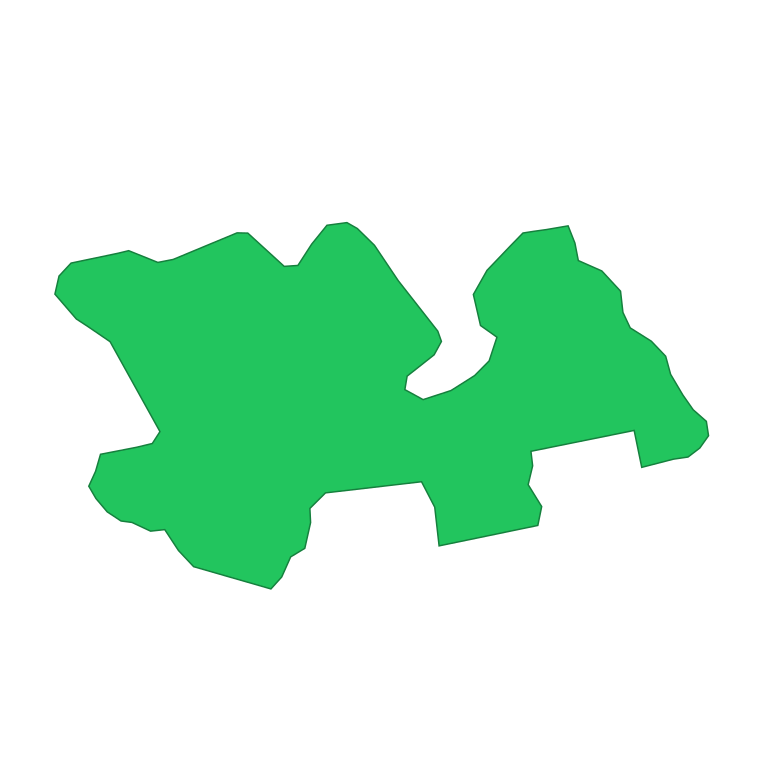 the district of Muçum, Rio Grande do Sul, Brazil, rotated 169°
{"feature_id": "56859067B23552766420682", "entity_name": "Muçum", "entity_type": "district", "adm_level": 2, "iso_a3": "BRA", "parent_name": "Brazil", "parent_adm1": "Rio Grande do Sul", "projection": "albers", "projection_center": [-51.824, -29.14], "detail": "fine", "context": "isolated", "style": "filled", "palette": "green", "viewbox_px": 768, "rotation_deg": 169, "n_neighbors": 0, "source": "geoboundaries", "source_scale": "gbopen_adm2", "svg_char_len": 1197}
<svg xmlns="http://www.w3.org/2000/svg" viewBox="0 0 768 768"><g transform="rotate(169 384 384)"><path d="M131.6,392.1L135.8,408.7L134.1,430.0L148.6,453.4L169.7,468.1L169.7,485.9L173.1,504.1L195.2,504.6L208.0,505.3L218.8,505.7L233.5,495.5L261.2,475.9L279.2,454.8L278.1,423.0L264.2,408.4L276.4,386.6L293.4,375.0L319.5,364.8L348.6,361.2L364.6,374.5L359.8,387.3L329.2,403.1L319.5,414.8L321.1,425.6L350.3,482.7L366.9,522.0L380.5,541.7L389.6,549.5L409.7,550.7L428.3,535.1L445.9,516.8L459.5,518.5L488.9,558.1L499.4,560.4L567.2,546.5L582.8,546.5L609.2,563.6L620.0,563.1L668.1,562.4L682.4,552.0L689.9,535.0L673.6,506.5L664.1,497.3L644.8,477.8L613.0,380.0L622.8,369.8L638.7,369.1L675.7,369.1L683.8,353.3L693.3,340.0L688.6,326.5L680.1,311.3L668.3,299.7L657.8,296.2L641.2,284.1L627.0,282.9L617.5,259.7L605.7,241.0L534.1,204.4L521.2,214.1L508.6,232.1L493.1,237.8L482.5,262.0L480.5,276.0L462.2,288.3L365.8,280.9L357.7,253.4L360.8,214.6L260.0,215.8L252.6,233.6L261.7,257.7L253.7,275.3L252.6,289.9L147.3,290.7L146.9,253.0L114.4,255.0L99.5,254.3L86.2,260.9L75.3,271.3L74.7,285.8L85.4,299.7L92.7,316.1L100.8,338.8L102.2,357.5L113.4,375.0L131.6,392.1Z" fill="#22c55e" stroke="#15803d" stroke-width="1.5"/></g></svg>